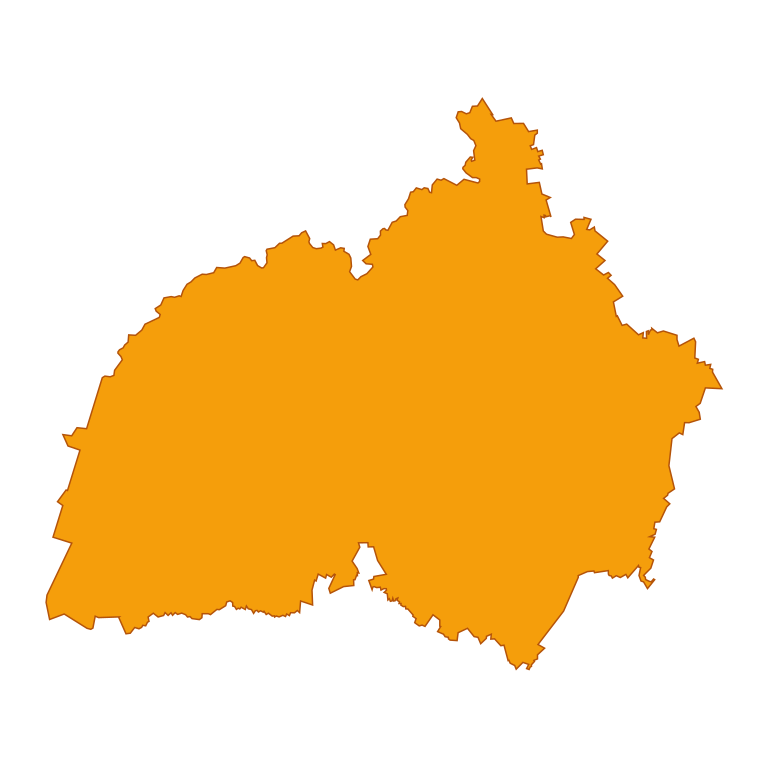 Lejweleputswa, Free State, South Africa
{"feature_id": "47623444B29116896592790", "entity_name": "Lejweleputswa", "entity_type": "district", "adm_level": 2, "iso_a3": "ZAF", "parent_name": "South Africa", "parent_adm1": "Free State", "projection": "orthographic", "projection_center": [25.98, -28.097], "detail": "fine", "context": "isolated", "style": "filled", "palette": "amber", "viewbox_px": 768, "rotation_deg": 0, "n_neighbors": 0, "source": "geoboundaries", "source_scale": "gbopen_adm2", "svg_char_len": 6110}
<svg xmlns="http://www.w3.org/2000/svg" viewBox="0 0 768 768"><path d="M305.6,230.9L301.6,232.8L299.1,235.8L293.1,236.1L281.9,243.2L279.5,243.3L274.9,247.7L267.0,249.2L266.2,250.7L267.2,254.8L266.5,257.7L267.0,262.8L263.5,267.7L261.7,268.0L257.6,265.6L254.8,260.3L251.7,260.7L249.6,258.0L244.6,256.6L243.1,257.6L240.0,263.1L235.8,265.7L224.9,268.1L216.7,267.5L213.7,272.7L206.4,274.5L202.2,274.2L194.8,278.0L191.0,281.9L187.0,284.3L183.1,290.5L181.1,296.5L179.2,295.8L174.6,297.3L171.2,296.6L164.0,297.9L160.8,305.0L155.2,308.6L156.2,311.2L160.2,314.5L159.3,317.4L145.0,324.2L141.8,330.1L135.6,335.3L128.7,334.9L128.1,342.1L124.7,345.0L123.2,347.8L119.5,349.8L118.0,351.8L117.9,353.1L121.0,356.6L122.3,359.8L114.6,370.3L113.9,375.4L110.2,376.8L104.9,376.1L102.3,377.7L86.6,428.7L77.0,427.7L71.7,435.8L62.9,434.6L68.0,446.0L80.0,450.1L67.5,490.5L66.1,490.0L57.5,501.7L62.8,505.5L53.0,537.2L71.8,543.1L47.0,595.1L46.1,602.4L49.6,619.5L64.2,614.0L87.0,628.3L90.8,629.3L92.9,628.1L95.2,616.2L98.6,617.6L119.2,616.9L118.7,617.3L126.0,633.8L130.3,633.2L134.7,627.5L139.0,628.8L141.6,627.4L142.8,625.3L145.7,625.8L147.5,622.2L149.0,621.4L148.1,617.0L153.3,613.2L158.1,617.0L163.6,615.5L165.1,612.6L168.1,615.4L171.0,612.8L172.6,615.3L175.2,612.6L177.6,614.4L181.7,613.1L185.6,614.7L187.5,617.0L190.1,616.6L192.0,618.6L199.4,619.6L201.9,617.7L202.2,613.7L208.3,613.7L210.5,614.6L216.9,609.4L219.3,609.7L225.7,605.7L226.7,602.0L230.1,600.8L232.6,602.5L232.8,606.1L234.6,606.5L236.4,609.4L238.2,608.2L239.8,608.9L241.1,607.2L245.3,609.5L246.4,606.0L248.3,608.8L251.5,609.6L253.6,613.4L255.4,610.7L257.1,610.4L258.4,612.0L260.6,610.8L263.3,612.2L264.0,611.3L266.2,614.5L268.4,613.2L272.2,616.1L274.4,615.9L274.6,617.0L276.3,616.0L279.1,616.9L282.9,615.3L285.5,616.5L286.7,614.0L289.4,615.6L290.6,612.7L294.5,612.8L297.3,610.5L299.6,612.6L300.6,601.0L312.6,605.0L312.0,590.1L314.6,580.1L316.1,581.0L318.2,574.1L325.6,578.1L326.6,574.5L331.3,577.2L334.3,574.1L335.2,574.6L328.8,588.4L330.3,593.2L343.6,586.6L353.8,585.5L353.6,579.8L355.0,579.7L356.6,575.3L357.4,575.6L357.3,572.7L358.8,573.0L357.1,568.5L352.1,561.1L359.8,547.2L358.5,542.8L367.9,542.7L368.2,546.9L373.6,546.8L377.6,560.5L386.3,574.3L373.9,576.5L373.5,579.1L368.8,580.5L372.1,589.7L372.8,587.1L374.1,586.6L376.7,587.6L380.3,587.2L381.0,590.1L383.9,588.6L386.3,588.7L386.5,590.2L384.1,592.4L387.3,593.8L387.9,600.0L389.3,598.7L390.4,601.3L392.1,600.9L392.8,598.3L393.6,601.0L395.1,600.8L396.0,598.8L397.8,598.0L397.1,600.3L399.5,601.8L399.0,603.5L401.0,603.5L400.9,605.1L403.3,606.6L405.5,606.4L405.8,608.9L407.9,609.0L413.1,615.0L412.8,616.3L416.1,618.6L414.7,622.7L419.2,625.9L422.1,625.1L425.0,626.4L433.0,614.8L439.8,620.0L439.8,626.2L440.7,626.5L437.6,631.6L443.5,634.2L445.1,636.7L448.3,637.3L448.5,638.9L450.1,640.1L457.1,640.6L458.1,632.7L467.5,628.3L474.1,636.6L478.0,637.3L480.7,643.7L486.3,638.4L486.5,636.3L491.3,634.2L490.8,639.1L494.6,638.9L500.8,645.7L504.0,645.2L508.1,660.6L508.9,660.3L510.2,663.2L514.7,665.5L516.2,669.2L522.9,662.4L528.7,664.4L526.6,668.6L529.1,669.5L530.1,667.2L531.5,666.3L531.4,664.8L534.5,661.4L533.9,660.4L537.5,658.9L537.5,654.8L544.6,648.2L538.0,644.5L563.6,611.1L578.3,577.3L578.2,575.6L587.4,571.6L593.9,571.0L594.5,572.7L608.3,570.6L608.4,574.1L609.1,575.4L611.3,576.0L612.4,578.1L616.3,575.7L620.3,577.5L625.9,574.4L627.8,577.8L638.5,565.5L638.9,567.2L640.6,567.6L639.0,575.5L641.0,581.0L643.6,581.9L647.5,588.6L654.7,579.7L653.6,579.0L651.2,581.8L649.0,581.2L645.6,579.5L645.3,577.2L643.6,575.4L650.8,568.2L653.5,560.0L649.4,557.7L652.0,551.5L648.9,549.0L654.7,537.2L649.7,536.7L655.1,534.2L656.4,529.4L653.8,528.7L654.9,522.2L659.7,521.8L666.7,506.9L669.8,503.8L663.6,498.4L667.6,495.2L668.0,493.3L674.5,488.9L668.9,465.7L672.0,438.6L679.3,432.9L682.8,434.6L684.6,422.6L689.1,422.7L700.3,419.2L699.2,412.3L695.9,406.5L700.2,403.3L705.4,387.9L721.9,388.7L712.5,372.1L712.7,369.3L709.8,368.4L710.7,364.4L705.4,365.2L704.6,361.6L697.3,363.2L698.4,359.3L694.8,358.0L695.6,341.8L693.9,338.2L679.0,346.1L677.0,339.6L677.0,335.3L663.4,331.0L657.4,332.8L651.8,328.3L652.0,329.7L650.4,330.1L648.4,334.7L648.2,330.8L646.4,331.5L646.6,338.3L642.8,337.9L643.3,332.6L638.5,334.8L626.7,324.1L622.1,325.4L617.3,315.8L616.3,316.4L613.4,301.9L622.7,296.2L614.6,284.6L607.5,278.3L611.1,275.3L608.4,272.5L603.6,275.0L595.7,268.8L605.0,260.5L596.9,254.0L607.7,241.2L595.0,230.9L594.3,227.0L589.7,229.9L586.7,229.4L591.0,219.3L584.0,217.4L584.1,219.4L575.5,219.2L570.7,222.4L574.4,234.5L571.4,238.5L563.2,236.9L557.3,237.2L546.5,234.2L543.3,231.0L541.0,216.5L544.1,217.7L544.1,215.1L545.4,215.5L544.7,217.1L550.1,215.7L551.0,216.9L546.1,200.0L550.3,197.5L541.9,194.0L539.3,182.4L527.2,183.9L526.5,169.2L537.2,167.9L542.3,168.9L541.5,163.7L540.7,164.1L538.7,160.0L540.4,159.1L538.7,156.1L543.3,154.7L542.2,150.3L537.8,151.6L536.5,147.6L531.7,149.4L530.2,145.8L533.5,144.6L534.8,135.1L537.3,133.2L537.3,130.1L528.6,131.6L523.5,123.4L513.8,123.5L511.3,117.9L496.0,121.2L491.1,114.4L492.6,114.5L482.3,98.5L477.5,106.0L472.4,106.3L469.8,112.7L466.3,113.8L461.6,111.5L458.2,111.8L456.2,117.7L459.5,123.0L460.7,128.7L467.4,134.4L470.7,138.7L473.8,140.5L475.9,145.7L473.6,150.7L474.8,160.2L471.6,161.3L471.2,160.1L472.7,157.3L470.3,157.0L465.8,162.2L465.1,165.4L463.0,167.3L462.8,168.8L466.1,172.9L472.5,177.6L476.3,177.6L479.7,179.1L479.6,181.5L477.9,183.0L464.0,179.3L456.8,185.3L443.9,178.6L441.1,180.2L437.1,179.1L432.3,184.9L431.5,192.7L429.6,192.3L427.9,188.5L424.2,187.8L421.9,189.6L416.3,187.9L413.3,191.7L410.6,192.2L408.5,198.8L404.9,204.6L405.1,207.1L407.8,210.6L407.2,215.4L400.3,216.7L396.2,221.0L392.2,222.3L387.9,230.3L385.8,229.9L384.6,228.5L383.0,228.7L380.4,231.1L380.5,235.1L377.7,238.7L370.3,239.2L367.9,246.5L370.8,254.4L362.7,260.5L366.1,263.8L372.4,264.3L372.9,267.0L366.9,273.7L360.9,276.7L357.8,279.9L355.2,279.1L349.6,271.7L351.5,266.4L350.8,258.0L349.0,254.3L343.9,251.3L344.2,248.4L340.7,247.8L335.4,250.1L333.6,244.9L329.5,241.6L325.8,243.6L322.3,243.5L322.9,247.1L321.1,248.1L316.3,248.7L312.7,247.5L309.5,243.5L308.9,241.8L309.7,238.6L305.6,230.9Z" fill="#f59e0b" stroke="#b45309" stroke-width="1.5"/></svg>